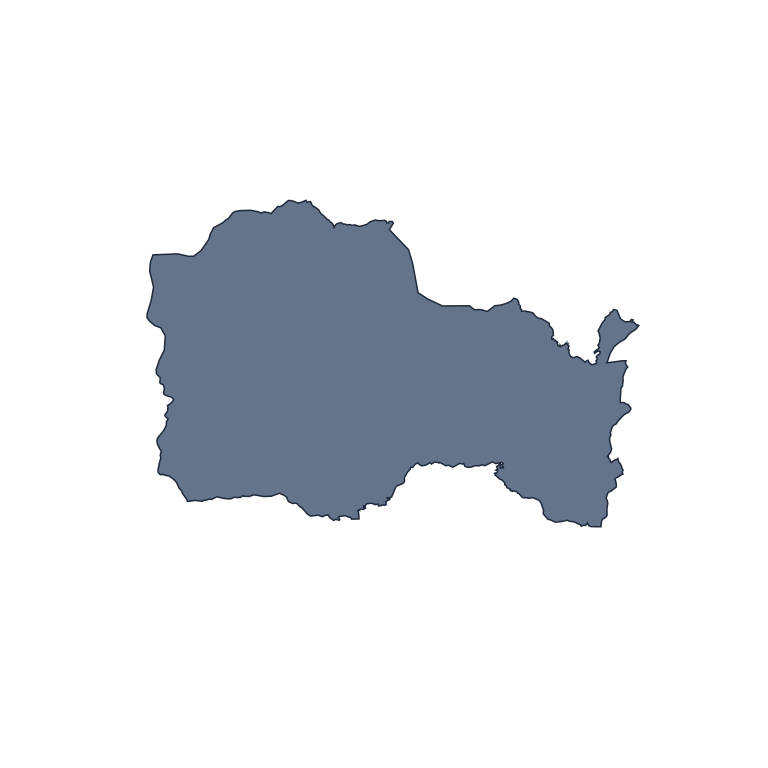 outline of Cupseni, Maramures, Romania, rotated 316°
{"feature_id": "2599482B77802981627900", "entity_name": "Cupseni", "entity_type": "district", "adm_level": 2, "iso_a3": "ROU", "parent_name": "Romania", "parent_adm1": "Maramures", "projection": "equal_earth", "projection_center": [23.93, 47.545], "detail": "fine", "context": "isolated", "style": "filled", "palette": "slate", "viewbox_px": 768, "rotation_deg": 316, "n_neighbors": 0, "source": "geoboundaries", "source_scale": "gbopen_adm2", "svg_char_len": 6171}
<svg xmlns="http://www.w3.org/2000/svg" viewBox="0 0 768 768"><g transform="rotate(316 384 384)"><path d="M497.4,608.7L498.7,605.2L498.6,603.2L500.5,600.0L499.0,600.1L497.1,598.9L492.9,598.3L492.7,597.8L494.0,595.4L494.1,593.2L495.2,591.9L495.2,591.5L494.2,591.4L494.4,591.1L499.3,590.7L502.7,588.8L506.4,582.2L508.8,579.5L511.9,578.3L512.7,576.5L518.3,573.5L520.5,573.1L523.2,574.0L526.5,573.2L534.7,572.8L538.4,573.5L540.0,574.3L544.0,573.7L544.9,572.4L545.4,568.4L544.0,565.9L543.9,564.2L541.0,561.5L541.8,560.5L551.7,551.5L553.7,551.4L558.8,547.3L560.8,544.8L568.3,541.4L571.1,541.1L571.6,537.7L573.1,535.9L574.3,535.5L571.8,533.0L559.1,523.7L567.8,519.1L575.7,517.0L582.1,517.5L588.8,519.1L595.7,518.2L603.6,519.6L608.0,518.9L607.7,517.9L606.7,517.2L606.8,513.3L605.4,511.6L607.7,510.9L606.7,509.3L604.3,510.0L600.9,507.1L600.0,505.0L599.5,501.2L602.7,492.9L601.0,489.9L598.2,490.4L596.5,489.7L595.0,490.6L593.4,490.6L589.4,489.8L587.4,491.3L583.2,491.7L574.8,494.6L573.9,497.1L571.4,501.2L566.7,504.5L564.9,504.6L564.1,507.6L557.5,506.9L556.7,508.2L560.8,508.9L561.9,510.7L560.9,511.9L559.3,512.3L557.3,511.5L555.4,512.0L555.6,512.8L554.4,514.5L552.9,514.4L551.3,516.8L546.9,514.7L546.3,511.5L547.2,508.5L543.7,507.7L543.2,502.1L541.9,498.2L539.4,497.2L538.0,496.0L537.5,493.4L538.3,490.4L540.9,487.9L540.6,486.6L543.3,485.3L543.4,483.4L544.4,482.8L543.3,482.1L543.0,481.5L543.7,481.1L539.9,481.0L539.7,480.4L537.4,479.6L537.7,478.3L536.5,479.4L535.9,477.8L536.8,474.6L537.9,474.6L538.0,474.0L537.4,473.2L537.7,471.6L536.7,471.3L537.4,468.9L535.8,468.6L537.3,466.6L539.9,466.5L543.1,462.3L543.6,459.5L543.2,457.3L545.1,455.1L542.7,446.5L540.5,443.4L540.1,440.8L540.5,436.3L538.7,433.1L535.9,429.3L533.5,427.3L534.6,426.2L534.5,424.2L536.4,422.4L536.1,420.4L537.9,418.6L538.5,415.8L538.0,414.3L537.0,412.5L533.1,412.6L528.2,411.1L522.8,408.3L518.1,404.7L508.6,403.5L505.5,397.9L500.6,393.3L499.9,387.2L480.3,368.5L474.4,353.0L471.9,342.0L488.2,317.4L494.9,304.6L495.1,276.7L502.5,274.8L502.7,272.6L500.6,270.7L499.6,271.3L497.9,270.3L497.8,269.7L498.7,268.8L498.4,266.9L494.1,263.4L491.5,259.9L486.7,257.7L482.3,257.2L475.9,253.7L474.6,251.2L473.9,250.9L473.9,249.7L471.1,247.4L470.1,245.4L468.3,244.3L467.0,241.8L465.9,240.9L465.1,237.9L461.5,236.0L460.0,235.9L457.7,236.2L456.5,237.3L457.9,234.7L458.4,232.1L457.9,229.2L458.2,227.8L457.4,225.7L457.5,221.0L456.9,217.9L458.0,213.3L457.1,208.0L456.4,206.8L456.8,204.4L457.7,202.5L457.7,201.4L454.7,199.6L455.5,197.7L450.3,195.7L447.5,193.7L446.1,190.0L443.8,186.5L442.4,185.5L435.4,185.1L432.0,184.0L431.0,182.5L421.2,183.0L420.1,180.7L417.5,177.1L414.0,175.3L413.2,172.8L408.9,166.6L401.2,159.5L396.4,156.3L394.1,155.8L386.9,156.9L384.3,156.1L379.9,156.0L370.1,153.2L363.3,155.4L358.4,158.3L345.3,160.9L336.0,160.0L332.3,156.6L326.0,147.1L307.5,130.6L300.4,134.3L293.9,139.9L285.5,154.3L274.2,162.4L262.6,168.8L259.7,171.5L259.0,175.8L259.7,182.7L262.5,188.6L260.1,197.4L249.5,207.0L238.7,210.8L229.9,215.5L227.4,218.7L227.4,224.1L224.0,227.0L223.4,228.2L224.6,231.0L224.3,232.2L222.3,235.3L219.4,237.1L218.7,238.4L218.9,240.2L221.9,245.7L222.1,248.9L220.4,249.6L216.9,249.7L213.3,249.1L212.7,250.3L209.6,253.2L204.9,254.0L204.2,255.4L204.3,259.1L203.0,259.8L201.6,259.7L198.7,262.5L193.1,264.5L183.9,265.5L181.3,266.9L179.3,269.8L177.7,274.4L177.3,277.5L173.6,279.7L171.8,282.4L167.9,284.5L161.4,289.1L160.2,290.6L160.0,293.5L161.1,295.0L162.4,295.4L162.4,296.3L163.2,297.0L163.4,298.1L165.5,301.0L166.3,304.9L166.5,309.1L166.1,311.5L164.2,316.7L164.2,320.1L163.0,322.8L162.0,330.0L161.1,332.0L167.1,336.4L171.7,342.0L174.1,342.8L175.5,344.1L178.3,345.4L179.7,347.2L185.3,349.0L189.7,355.6L193.7,360.0L198.2,361.7L199.3,363.8L200.9,364.6L202.1,366.0L204.9,366.2L205.0,367.1L208.8,371.2L213.5,373.4L219.4,381.5L224.9,386.4L232.8,389.9L234.8,394.6L235.4,397.7L234.0,400.7L233.8,402.7L235.3,406.6L237.7,408.2L238.4,409.8L238.2,413.6L238.8,415.4L238.9,419.7L238.5,423.3L239.3,427.9L245.6,432.7L247.5,436.7L250.4,437.7L252.8,439.4L252.2,442.3L253.0,447.2L255.3,447.8L257.1,450.9L258.1,450.6L258.6,448.3L260.2,448.5L264.8,452.0L266.2,455.4L267.0,456.2L267.2,457.4L266.8,458.7L272.3,463.7L276.0,459.4L277.1,456.9L277.5,457.3L278.4,457.1L278.6,457.9L279.0,457.3L280.5,457.7L281.5,459.5L282.7,460.2L283.2,459.8L284.4,460.4L285.0,459.6L283.7,458.6L284.5,457.5L285.9,458.5L288.3,458.1L292.3,461.2L293.3,463.5L294.0,464.0L293.8,464.7L296.3,466.3L296.5,466.7L295.4,467.7L295.6,468.3L299.6,470.6L300.2,471.7L301.8,472.2L303.9,469.8L307.6,471.0L308.5,470.7L308.3,469.9L306.9,469.1L307.3,468.0L309.0,469.6L311.0,470.6L320.9,466.3L323.4,466.6L327.5,468.4L329.9,468.7L331.7,467.8L333.5,465.6L339.6,463.8L343.6,463.5L345.2,462.4L347.1,463.9L350.2,463.3L353.0,464.0L353.9,464.8L353.4,465.5L354.1,468.9L357.6,471.4L362.4,472.5L362.5,474.6L366.1,475.2L368.4,478.0L368.6,479.1L369.8,479.6L371.7,485.7L374.0,487.3L375.6,491.6L383.3,493.7L384.8,496.0L386.0,496.6L385.0,499.4L386.4,502.2L389.3,504.6L392.4,505.7L395.3,508.7L398.4,510.4L399.1,511.0L399.2,512.2L399.9,512.9L407.6,515.3L408.1,515.8L408.9,518.7L414.4,522.4L414.5,523.8L411.6,525.4L412.1,526.9L411.7,527.1L410.8,526.7L409.4,525.0L410.6,523.5L412.3,523.3L412.2,522.6L410.9,521.9L407.5,521.7L406.7,524.3L404.7,523.7L405.4,525.1L404.9,525.9L403.0,526.3L402.2,526.0L402.2,525.2L401.3,525.2L401.2,526.8L400.6,527.0L401.0,528.3L401.1,532.2L402.2,535.4L402.2,537.6L402.2,539.1L401.1,539.9L400.9,540.8L401.3,541.8L400.5,544.1L401.7,547.5L400.9,548.1L401.7,550.3L402.2,550.1L404.5,553.4L404.7,554.4L404.3,555.4L405.0,556.7L404.7,561.5L405.3,562.9L407.6,564.8L408.4,566.4L412.0,569.1L414.7,575.2L414.3,578.7L411.0,585.7L408.6,587.7L408.2,589.0L407.9,595.2L409.5,597.7L411.3,602.5L416.5,606.5L421.0,609.1L422.3,611.9L425.3,615.7L425.9,618.2L427.5,621.6L427.1,623.4L428.9,623.9L430.6,625.6L432.5,625.7L433.7,625.2L432.9,628.2L433.8,630.4L440.9,637.4L444.4,634.4L447.0,633.0L450.7,633.9L453.1,633.5L458.2,628.2L461.9,625.5L463.6,623.0L464.4,620.5L469.0,618.0L470.3,617.8L473.3,618.9L479.7,619.4L482.2,616.5L483.6,614.0L483.8,612.8L485.8,612.8L489.4,613.9L489.8,613.6L493.4,614.8L493.6,613.4L496.4,611.7L496.3,610.4L497.4,608.7Z" fill="#64748b" stroke="#1e293b" stroke-width="1.5"/></g></svg>